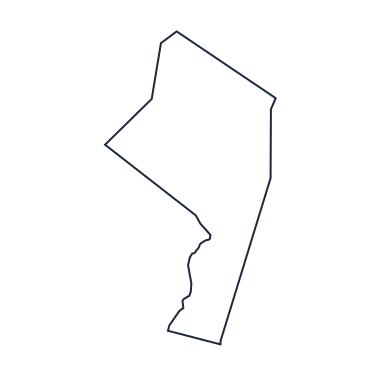 SVG path tracing the border of Saint Peter, rotated 127°
{"feature_id": "BRB-1997", "entity_name": "Saint Peter", "entity_type": "Parish", "adm_level": 1, "iso_a3": "BRB", "parent_name": "Barbados", "parent_adm1": "", "projection": "robinson", "projection_center": [-59.597, 13.271], "detail": "fine", "context": "isolated", "style": "outline", "palette": "slate", "viewbox_px": 384, "rotation_deg": 127, "n_neighbors": 0, "source": "natural_earth", "source_scale": "10m", "svg_char_len": 747}
<svg xmlns="http://www.w3.org/2000/svg" viewBox="0 0 384 384"><g transform="rotate(127 192 192)"><path d="M296.6,77.6L317.3,127.7L312.2,129.8L294.9,130.5L290.7,129.5L290.4,129.1L289.8,129.1L284.8,134.0L283.1,134.2L281.7,134.0L280.7,133.2L279.6,133.0L278.1,132.5L276.6,131.6L272.3,133.0L265.5,137.4L252.8,151.1L245.7,154.3L241.2,154.8L239.5,153.4L238.4,153.1L237.6,153.2L236.6,153.4L235.8,153.4L233.5,153.1L232.1,153.2L230.8,153.6L229.3,154.1L227.8,154.1L225.4,153.2L223.3,152.4L221.4,151.3L220.5,150.2L219.6,149.9L218.8,149.5L218.0,149.9L217.0,150.6L215.2,151.3L212.3,166.1L208.4,174.9L206.6,289.9L141.9,280.2L91.8,306.4L73.0,300.9L66.7,181.6L78.4,178.8L133.6,137.6L293.9,79.5L296.6,77.6Z" fill="none" stroke="#1e293b" stroke-width="2"/></g></svg>